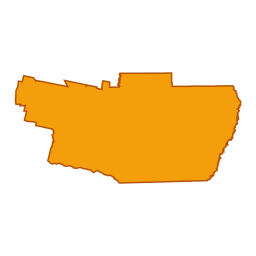 Río Cuarto, Córdoba, Argentina (Equal Earth projection), rotated 270°
{"feature_id": "61730980B70788741625134", "entity_name": "Río Cuarto", "entity_type": "district", "adm_level": 2, "iso_a3": "ARG", "parent_name": "Argentina", "parent_adm1": "Córdoba", "projection": "equal_earth", "projection_center": [-64.58, -33.271], "detail": "fine", "context": "isolated", "style": "filled", "palette": "amber", "viewbox_px": 256, "rotation_deg": 270, "n_neighbors": 0, "source": "geoboundaries", "source_scale": "gbopen_adm2", "svg_char_len": 5646}
<svg xmlns="http://www.w3.org/2000/svg" viewBox="0 0 256 256"><g transform="rotate(270 128 128)"><path d="M171.1,86.1L175.6,64.5L169.4,67.7L172.3,52.5L173.5,47.0L175.2,37.8L175.6,35.7L175.2,35.6L178.2,33.6L180.3,23.7L174.3,22.2L174.2,22.0L174.9,18.5L174.5,18.3L169.5,17.9L165.5,16.0L156.7,15.7L156.7,15.4L151.7,16.0L151.7,20.9L150.4,20.8L150.4,20.3L150.1,20.2L150.4,21.6L150.1,23.4L150.4,24.2L150.5,24.8L150.8,25.1L150.8,25.4L145.0,23.9L144.7,26.6L135.8,24.4L134.7,26.9L134.1,33.8L133.9,34.6L133.4,35.7L132.9,36.3L130.4,35.7L128.9,44.0L128.7,43.9L127.0,52.2L126.7,52.1L126.6,52.6L125.9,53.2L125.5,53.3L125.3,53.2L124.9,53.3L124.9,53.7L123.8,53.5L122.7,53.8L122.4,53.7L121.8,53.2L121.5,52.4L121.0,52.1L120.8,52.4L119.7,52.6L119.2,53.0L118.9,52.8L118.7,53.0L118.6,52.8L118.3,52.9L117.9,52.6L117.1,53.4L116.1,53.2L115.7,53.6L115.0,53.9L114.9,53.6L114.6,53.7L114.6,53.4L114.3,53.6L114.1,53.2L113.9,53.5L113.7,53.2L113.4,53.5L113.1,53.3L113.1,52.5L109.3,52.1L109.4,51.6L108.2,51.3L107.8,50.8L104.2,50.1L95.2,47.8L94.6,48.5L94.2,49.3L93.5,49.8L92.3,51.3L92.0,52.4L92.1,53.1L92.6,54.0L92.6,54.8L92.0,56.7L92.8,59.4L92.0,60.5L92.1,61.3L91.8,62.0L90.2,64.0L90.0,64.5L89.8,66.8L90.3,69.7L89.2,72.3L88.8,73.0L88.4,73.2L88.0,74.1L87.7,76.6L88.5,79.6L88.4,81.3L87.6,82.3L87.3,84.3L87.1,85.0L87.1,86.3L86.1,88.3L86.3,89.6L86.2,90.3L85.8,91.0L85.1,91.5L84.0,92.7L83.5,93.6L83.6,94.1L84.7,95.6L85.5,97.1L84.1,99.5L83.0,102.4L81.5,104.1L81.1,105.5L80.9,107.3L80.3,108.3L80.7,109.5L80.7,110.3L79.9,111.7L79.5,112.1L79.3,112.8L79.1,113.0L79.0,113.4L78.8,113.3L78.5,113.7L78.0,113.7L78.0,114.1L77.4,114.9L77.2,114.9L77.1,114.7L76.9,114.8L76.7,115.4L76.2,116.0L76.2,116.4L75.8,116.8L75.7,117.4L74.8,117.7L74.6,118.2L74.2,118.3L73.0,119.4L75.4,207.3L75.7,207.3L76.0,207.9L76.3,207.8L76.6,208.4L76.5,208.8L76.5,209.7L77.0,209.6L77.5,210.1L78.0,210.3L77.9,210.5L78.1,211.0L78.5,211.2L79.1,211.7L79.3,211.4L79.5,211.3L79.7,210.9L79.7,210.6L80.1,210.6L80.1,210.9L80.5,211.3L80.4,211.7L80.6,211.9L80.5,212.2L80.1,212.2L80.5,212.7L80.4,213.1L80.2,213.4L80.3,213.7L80.6,213.7L80.8,213.4L81.2,213.6L81.8,213.3L82.5,214.0L83.1,214.1L83.6,213.9L84.2,215.1L85.0,215.8L85.2,216.3L85.9,217.3L86.5,217.0L87.1,217.1L87.4,216.6L89.4,217.6L90.0,217.8L91.5,217.6L91.8,217.8L92.1,218.4L92.3,218.1L93.3,217.9L94.9,219.2L95.4,219.1L95.9,219.2L96.0,218.8L96.6,219.1L97.0,219.0L97.5,219.5L97.2,220.0L98.0,220.8L98.3,220.7L98.4,219.6L98.6,219.4L99.9,219.8L101.2,219.8L101.3,220.5L101.5,220.6L101.8,220.0L102.0,220.3L101.8,220.8L101.9,221.3L102.4,221.8L102.5,222.6L103.7,222.5L103.8,222.6L104.1,223.1L104.2,223.9L104.6,223.6L104.7,223.1L104.9,223.1L105.5,223.5L105.9,223.2L106.0,222.8L106.6,222.7L106.7,222.9L106.6,223.4L106.6,223.8L107.2,223.5L108.1,224.1L108.7,224.8L108.9,225.6L109.4,225.8L110.4,225.8L110.8,226.0L111.0,226.3L110.7,226.9L111.2,227.4L111.3,227.8L111.6,227.8L112.3,227.5L112.4,227.3L112.1,227.2L111.9,226.6L112.2,226.6L112.3,226.4L112.8,226.3L113.0,226.4L113.0,226.7L113.3,226.9L113.4,227.3L114.0,227.4L115.2,228.4L115.7,228.4L115.9,229.3L116.6,229.5L116.7,230.0L116.6,230.4L116.1,230.5L115.9,230.9L116.3,231.0L116.5,231.4L117.5,232.1L117.8,231.7L118.5,231.6L118.7,231.8L118.4,232.0L118.3,232.3L118.6,232.7L118.9,232.3L119.2,232.4L119.4,232.2L121.1,233.0L122.4,232.7L122.7,233.2L122.9,233.2L123.2,233.5L123.3,234.0L123.5,234.2L123.6,233.9L124.0,233.6L124.4,233.6L124.3,234.0L124.6,234.8L125.1,235.1L126.2,235.2L127.0,234.0L127.4,234.0L128.1,234.3L128.4,234.8L128.5,235.3L128.8,235.2L130.0,235.1L130.6,235.6L131.6,235.8L131.8,236.2L131.6,236.9L132.2,237.3L132.4,237.3L132.9,237.0L133.7,237.1L133.9,237.0L134.1,237.1L134.4,236.9L134.8,236.9L135.2,237.0L135.4,236.8L135.8,236.8L135.7,237.2L136.2,237.7L136.3,238.3L136.6,238.3L137.1,238.7L137.3,238.7L137.5,238.5L137.2,238.1L137.3,237.5L137.9,237.2L138.1,236.9L138.6,237.1L138.7,237.3L138.5,237.6L138.7,237.8L139.0,237.6L138.9,237.9L139.0,238.1L139.2,237.9L139.7,238.1L139.9,237.8L140.2,238.1L140.3,238.0L140.3,237.6L141.3,237.8L141.4,237.5L141.7,237.4L142.2,237.6L143.1,237.6L143.2,237.9L143.2,238.1L144.1,238.4L144.3,238.6L144.5,238.9L145.2,239.2L145.7,238.5L145.9,238.6L146.5,238.3L147.1,238.2L147.2,237.7L147.6,238.4L147.6,238.7L148.0,238.9L148.2,239.5L148.6,239.4L148.7,239.5L149.1,239.6L149.1,239.2L149.6,239.7L150.1,239.4L150.4,239.6L150.7,239.3L151.1,239.6L151.0,239.9L151.1,240.2L150.9,240.2L150.9,240.5L151.3,240.3L152.0,240.6L154.7,240.6L156.4,238.7L156.9,238.8L157.9,238.2L158.9,237.1L160.7,237.0L161.1,236.8L162.3,236.9L163.2,236.0L165.1,236.0L166.2,233.7L166.8,233.5L167.4,233.8L168.2,233.9L170.1,233.1L170.1,223.4L170.0,215.5L169.9,215.5L169.8,213.4L169.9,193.6L169.7,191.1L169.6,172.1L173.2,172.1L173.2,171.6L183.0,171.6L182.8,162.9L182.7,122.7L182.7,120.9L182.7,120.0L182.5,119.9L182.1,120.2L181.9,120.1L181.7,120.0L181.7,119.3L181.3,119.4L181.1,120.1L181.3,120.5L181.0,120.7L180.5,120.0L180.2,120.0L179.7,120.9L179.4,120.8L179.6,120.2L179.2,119.9L178.3,119.8L178.2,119.3L178.0,119.1L177.4,119.0L177.3,119.6L177.0,120.3L176.4,119.7L176.4,119.0L176.1,119.1L176.3,119.6L176.1,119.8L175.9,119.7L175.8,119.2L175.7,119.1L175.7,119.8L174.9,119.3L174.4,119.7L174.1,119.7L173.9,119.4L173.5,119.7L173.6,118.8L173.0,118.3L172.7,118.3L172.4,118.8L171.9,118.2L171.1,117.7L170.9,117.9L171.1,118.5L170.8,119.2L170.5,119.2L170.4,118.7L170.2,118.6L169.9,118.8L169.8,119.4L169.9,119.7L169.7,119.8L169.4,119.7L169.1,119.2L168.9,119.2L168.8,109.6L173.8,109.8L175.2,103.1L173.6,102.5L172.6,102.5L172.0,102.3L171.7,102.5L171.4,102.3L169.5,101.9L168.7,102.0L168.0,101.8L166.6,102.2L167.6,96.9L168.9,97.0L170.8,87.6L170.6,87.5L170.3,87.1L170.7,86.7L170.1,86.2L171.1,86.1Z" fill="#f59e0b" stroke="#b45309" stroke-width="1.5"/></g></svg>